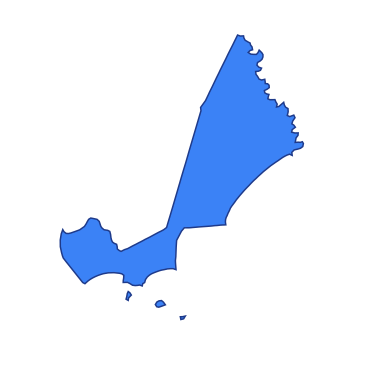 outline of Cabo Frio, Rio de Janeiro, Brazil, rotated 51°
{"feature_id": "56859067B63803559021809", "entity_name": "Cabo Frio", "entity_type": "district", "adm_level": 2, "iso_a3": "BRA", "parent_name": "Brazil", "parent_adm1": "Rio de Janeiro", "projection": "mercator", "projection_center": [-42.045, -22.737], "detail": "fine", "context": "isolated", "style": "filled", "palette": "blue", "viewbox_px": 384, "rotation_deg": 51, "n_neighbors": 0, "source": "geoboundaries", "source_scale": "gbopen_adm2", "svg_char_len": 3590}
<svg xmlns="http://www.w3.org/2000/svg" viewBox="0 0 384 384"><g transform="rotate(51 192 192)"><path d="M131.7,132.1L134.5,133.9L155.6,164.5L158.3,168.4L165.7,179.0L169.2,184.2L174.2,191.5L177.3,195.9L178.8,198.1L180.2,200.1L192.5,217.9L194.0,220.1L197.1,224.6L199.4,228.0L201.6,231.2L203.6,234.1L203.5,237.7L203.0,240.4L202.3,243.4L201.7,246.5L201.1,249.7L200.5,253.0L199.9,255.8L199.3,258.4L198.9,260.8L198.4,263.3L197.9,265.5L197.3,268.6L196.6,271.7L196.1,274.4L195.5,277.6L194.3,280.8L193.5,284.5L191.6,285.4L189.3,285.9L187.3,284.5L185.2,283.5L183.0,284.7L180.9,285.3L178.8,284.8L176.6,283.8L173.6,281.9L170.9,280.7L168.8,281.6L166.0,284.1L163.4,284.6L161.4,284.5L158.8,283.5L156.4,282.6L153.5,283.0L150.6,285.3L148.5,287.1L148.2,289.5L149.0,291.7L150.1,294.2L151.1,297.3L150.7,303.1L150.0,305.2L149.2,307.5L148.3,310.0L147.5,312.2L146.5,314.2L144.9,315.9L142.2,316.5L139.9,316.1L142.2,319.9L146.4,324.6L151.7,328.8L157.0,331.5L160.2,332.9L162.3,333.6L167.1,333.7L181.4,333.8L193.6,333.9L195.9,332.9L195.7,329.2L195.8,326.4L196.2,323.5L196.8,320.7L197.7,317.5L198.7,314.7L199.7,312.3L200.8,310.3L202.1,308.0L204.0,305.5L205.6,303.4L207.5,301.5L209.3,299.7L211.3,298.1L213.8,297.4L215.9,299.3L217.5,301.1L219.0,302.4L220.2,300.8L221.6,299.0L224.0,297.9L227.0,296.9L229.0,295.0L230.3,293.1L231.3,291.3L233.7,289.8L232.2,287.9L232.6,285.8L230.8,283.3L229.9,280.2L229.8,277.5L230.1,274.9L230.8,272.4L231.6,269.9L232.5,267.3L233.5,264.9L234.9,262.3L236.3,259.5L238.0,257.0L239.7,254.9L242.3,253.3L236.8,249.5L234.9,248.1L232.1,245.3L225.0,239.1L219.9,234.4L215.8,224.8L215.0,220.5L218.4,216.2L222.5,210.1L224.2,207.6L228.4,201.6L230.8,198.1L232.3,195.7L233.8,193.6L235.7,190.6L238.8,186.4L236.3,184.9L234.6,183.3L233.3,181.5L232.4,179.5L231.2,177.4L230.0,174.7L228.7,172.3L228.0,170.1L227.4,167.7L226.8,165.3L226.0,162.6L225.3,159.3L224.8,156.9L224.4,154.6L224.0,152.3L223.6,150.0L223.2,147.0L222.8,143.5L222.4,140.7L222.1,138.2L221.9,136.0L221.8,133.9L221.5,130.8L221.3,126.9L221.1,123.7L221.1,120.9L221.1,117.2L221.1,114.3L221.3,111.5L221.5,108.5L221.8,105.5L222.0,102.4L222.2,99.7L222.6,97.3L223.1,95.0L224.0,92.4L226.6,91.1L224.0,89.5L223.6,86.1L225.3,82.6L226.3,80.1L226.4,77.3L224.4,74.9L222.4,74.6L221.6,76.6L220.2,78.0L218.4,80.6L215.4,77.0L214.7,74.0L212.9,72.3L210.9,74.9L208.2,76.9L206.6,74.9L206.7,70.9L204.0,70.8L201.9,71.5L200.2,69.0L199.1,65.2L196.3,64.5L194.9,68.6L192.5,69.8L190.2,66.8L187.6,64.9L184.9,65.9L182.5,65.5L180.0,64.3L180.1,67.2L180.2,70.7L179.1,72.8L177.3,70.5L174.6,70.1L172.4,69.4L170.8,71.5L169.3,73.4L167.3,74.4L165.9,72.7L164.6,70.8L162.7,72.3L160.7,73.0L158.7,71.9L159.4,68.9L159.5,66.3L157.5,64.9L155.5,65.1L153.8,66.8L152.1,65.6L150.2,64.5L148.8,67.4L146.5,68.8L143.5,68.3L140.8,68.2L138.4,66.7L139.9,64.4L140.5,62.2L139.5,60.0L137.1,61.5L134.3,61.7L132.6,59.6L133.1,56.3L132.9,54.0L131.7,51.9L129.9,50.4L127.7,50.1L124.0,50.5L125.2,52.9L125.6,55.3L124.0,57.3L121.8,59.6L118.9,60.5L118.6,57.8L119.6,55.4L116.9,54.0L114.7,54.0L112.7,53.1L111.0,53.9L107.5,55.2L104.9,54.7L103.1,53.7L101.2,56.3L98.7,57.8L100.1,60.8L101.2,63.2L102.5,66.0L103.7,68.6L105.2,72.0L107.6,77.3L109.7,81.7L112.3,87.4L114.9,93.1L116.4,96.2L118.6,101.0L122.7,109.6L125.5,115.7L126.6,117.9L129.5,124.0L131.7,132.1ZM260.6,290.3L261.7,287.4L262.9,283.7L259.7,283.5L257.2,284.0L255.8,286.2L255.4,288.5L256.4,291.3L259.0,291.6L260.6,290.3ZM236.1,309.8L234.4,307.9L233.9,304.0L231.2,303.7L229.2,304.2L230.2,306.2L232.3,308.6L233.8,310.7L236.1,309.8ZM285.3,278.3L284.2,275.3L283.0,277.7L281.6,279.6L284.1,280.9L285.3,278.3Z" fill="#3b82f6" stroke="#1e3a8a" stroke-width="1.5"/></g></svg>